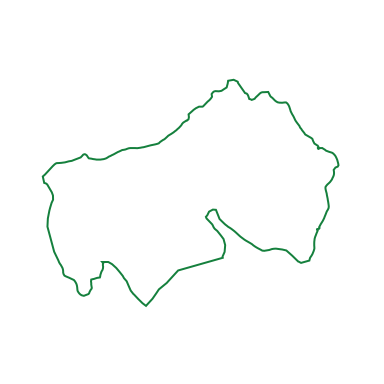 Al Makhadir, Ibb, Yemen (Mercator projection), rotated 75°
{"feature_id": "15242507B59993848545507", "entity_name": "Al Makhadir", "entity_type": "district", "adm_level": 2, "iso_a3": "YEM", "parent_name": "Yemen", "parent_adm1": "Ibb", "projection": "mercator", "projection_center": [44.207, 14.141], "detail": "fine", "context": "isolated", "style": "outline", "palette": "green", "viewbox_px": 384, "rotation_deg": 75, "n_neighbors": 0, "source": "geoboundaries", "source_scale": "gbopen_adm2", "svg_char_len": 5314}
<svg xmlns="http://www.w3.org/2000/svg" viewBox="0 0 384 384"><g transform="rotate(75 192 192)"><path d="M97.3,119.3L94.4,122.7L93.9,128.3L96.6,129.5L100.0,131.5L100.9,134.4L101.9,137.3L101.7,140.0L100.6,143.3L100.6,144.7L101.2,146.1L102.5,147.7L105.2,148.0L106.5,149.5L107.7,151.3L108.8,153.6L111.9,158.7L112.3,159.6L111.7,162.1L111.4,163.2L112.1,166.6L113.1,169.3L113.9,170.8L114.0,171.0L116.1,175.2L118.9,175.6L120.9,176.6L121.7,178.4L121.5,178.5L121.7,179.4L122.2,180.9L122.7,182.5L123.6,183.9L124.8,185.1L125.7,186.5L126.7,188.1L127.5,189.8L128.3,191.2L128.9,192.8L129.6,194.3L130.1,195.8L130.6,197.3L131.0,198.8L131.5,200.4L132.4,202.0L132.8,202.8L132.9,203.0L133.2,203.5L133.9,205.0L134.3,206.7L134.9,208.4L135.5,210.0L136.4,211.5L136.5,213.1L136.5,214.9L136.4,216.7L136.3,218.3L136.2,220.1L136.2,221.7L136.2,223.6L136.2,225.5L136.2,227.1L136.0,228.7L135.9,230.3L135.7,232.0L135.5,233.6L135.0,235.1L134.4,237.1L134.0,238.7L133.6,240.3L133.4,241.7L133.5,243.5L133.7,245.1L133.6,246.9L133.4,248.5L133.7,250.1L134.0,251.7L134.2,253.3L134.6,254.9L135.0,256.5L135.4,258.1L135.7,259.9L136.1,261.5L136.3,263.1L136.9,264.8L137.3,266.5L137.4,268.7L137.2,270.3L137.0,272.0L136.5,274.0L136.0,275.8L135.3,277.3L134.6,279.0L133.7,280.7L133.0,282.4L132.7,283.0L131.7,283.4L130.5,283.8L129.3,284.2L128.1,285.2L127.7,286.0L127.7,286.6L127.8,287.4L128.3,288.2L128.7,288.7L129.0,289.3L129.8,290.6L129.8,290.8L130.5,297.5L130.8,300.1L130.5,303.0L130.5,307.0L130.0,310.8L129.5,313.4L129.1,315.2L129.2,316.1L129.8,317.7L130.6,319.1L130.9,319.7L137.1,329.5L138.4,332.1L145.0,332.4L145.8,331.0L147.2,329.9L150.5,329.0L156.0,327.5L159.4,327.2L163.5,328.2L166.1,330.4L170.3,333.0L173.1,334.6L180.3,338.1L188.1,340.6L207.0,340.6L214.0,340.6L223.5,338.8L225.3,338.6L227.0,338.2L227.5,338.0L228.5,337.6L230.1,337.2L231.7,336.8L233.3,336.7L234.9,336.9L236.5,337.3L238.1,337.3L239.8,336.8L240.9,335.6L242.0,334.2L243.0,332.9L244.2,331.5L245.3,330.2L246.4,328.9L247.9,328.2L249.6,327.7L251.2,327.4L252.9,327.4L254.6,327.6L256.2,327.9L257.8,328.1L259.4,327.7L260.9,327.1L262.3,326.2L263.4,325.0L263.8,324.2L264.3,323.3L264.1,321.6L263.8,318.5L263.2,317.6L262.0,316.8L260.4,315.3L259.4,314.0L258.6,313.6L255.4,313.3L254.6,313.1L254.0,312.9L252.3,312.7L250.5,312.0L250.5,310.3L250.6,309.5L250.4,306.0L250.7,303.1L249.9,302.6L248.3,301.9L246.9,301.0L245.4,300.0L244.2,298.7L242.8,297.8L241.2,297.2L239.5,297.0L238.0,296.4L237.9,296.3L237.7,296.5L237.3,296.5L237.0,296.6L236.6,296.7L236.4,296.8L236.7,295.6L238.0,290.9L241.0,287.9L245.8,284.8L250.5,282.6L255.1,280.6L257.6,280.0L261.3,278.2L266.3,277.5L271.4,276.7L275.4,275.0L275.9,274.6L281.5,271.6L286.6,268.6L290.1,265.9L289.3,264.7L284.9,257.8L280.5,252.6L277.5,249.2L274.5,242.6L273.3,239.9L272.1,238.1L264.2,225.7L264.0,212.1L263.8,199.2L263.5,179.3L262.3,179.2L258.3,176.0L251.9,173.7L245.6,173.7L241.6,175.3L236.1,177.7L235.0,178.5L233.4,179.6L231.8,180.2L230.6,180.4L228.6,180.8L221.3,184.8L219.6,185.0L218.5,183.3L215.4,180.6L214.4,176.4L215.4,173.5L223.1,172.6L225.1,172.4L226.5,171.6L227.9,170.8L229.4,169.9L230.9,169.0L232.3,168.1L232.9,167.6L233.7,167.0L235.1,166.0L236.3,164.8L237.8,163.5L239.1,162.5L240.4,161.5L242.0,160.4L243.4,159.5L246.1,157.8L247.5,156.9L248.8,155.9L250.3,154.7L251.6,153.7L252.9,152.5L254.0,151.4L255.2,150.2L256.5,148.9L258.0,147.5L259.5,146.5L260.4,145.7L260.8,145.4L262.1,144.2L263.3,143.0L264.4,141.8L265.5,140.6L266.7,139.4L266.8,139.3L267.5,137.4L268.0,132.4L267.8,129.6L268.0,127.7L268.4,125.7L270.9,119.7L272.9,116.0L279.4,111.7L286.5,107.5L286.5,107.4L288.7,105.0L288.6,96.4L286.3,95.1L285.6,94.4L284.5,93.1L283.2,91.8L281.9,90.8L280.6,89.8L278.5,88.5L277.0,88.1L275.4,87.8L273.5,87.3L271.8,86.8L270.3,86.2L268.8,85.6L267.3,84.7L265.7,83.5L264.4,82.6L263.0,81.5L261.7,80.5L261.2,80.6L260.8,80.8L260.7,81.0L260.4,80.9L260.2,80.7L260.4,79.4L260.4,78.8L260.1,78.4L259.7,78.1L259.4,78.1L258.9,78.3L257.7,77.2L256.4,76.0L255.2,74.7L254.0,73.4L252.7,72.2L251.3,71.0L250.0,70.1L248.6,69.0L247.1,67.9L245.6,66.8L244.3,65.4L243.0,64.3L241.6,63.7L240.0,63.4L238.3,63.2L236.6,63.0L235.0,62.9L233.4,62.7L231.7,62.6L229.9,62.5L228.3,62.3L226.6,62.3L225.0,62.3L223.4,62.2L221.8,61.8L220.7,60.6L219.8,59.3L219.0,57.7L218.1,56.1L217.1,54.8L216.1,53.6L214.8,52.6L213.6,51.5L212.1,50.5L210.5,49.9L209.0,49.6L207.3,49.4L205.5,47.1L205.2,44.7L204.1,43.6L202.2,43.4L200.4,43.4L198.7,43.4L197.1,43.6L195.4,43.9L193.9,44.3L192.1,45.2L190.6,46.2L189.7,47.5L188.8,49.0L187.8,50.4L186.8,51.8L185.4,52.8L184.2,54.0L183.3,54.7L182.7,57.0L183.1,58.7L182.8,59.0L182.2,59.1L181.8,59.0L181.6,58.7L181.2,58.2L179.7,58.6L179.3,59.1L178.1,60.1L176.9,61.2L174.1,61.8L171.8,62.0L170.7,62.8L165.8,67.7L165.6,67.8L164.0,68.3L162.4,69.0L160.8,69.7L159.1,70.2L157.8,70.9L156.2,71.1L154.6,71.7L153.2,72.3L151.4,73.0L149.7,73.6L148.1,73.9L146.3,74.2L144.5,74.6L142.9,75.1L141.0,75.5L139.4,75.8L137.8,75.8L136.1,75.9L134.4,76.0L132.7,76.4L131.1,77.0L129.8,78.0L129.4,79.7L129.2,81.4L128.8,82.9L128.3,84.5L127.5,86.1L126.4,87.2L125.1,88.2L123.5,89.1L121.9,90.0L120.5,91.1L119.8,91.5L115.1,92.5L114.2,96.8L113.8,98.4L114.0,100.1L114.7,101.5L115.6,103.1L116.4,104.6L117.2,106.1L118.2,107.4L118.4,109.3L118.5,110.5L117.6,111.4L117.0,112.6L115.4,112.7L113.7,112.8L112.2,113.1L111.1,113.7L110.1,115.2L108.6,115.7L98.7,119.3L97.3,119.3Z" fill="none" stroke="#15803d" stroke-width="2"/></g></svg>